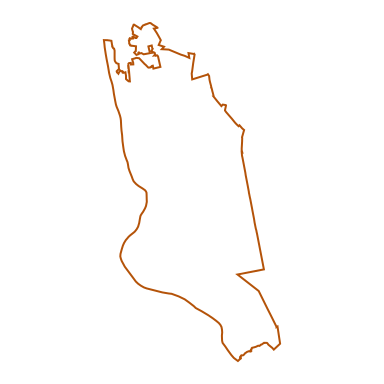 outline of Jersikas pag., Livanu, Latvia
{"feature_id": "27541924B79082278774679", "entity_name": "Jersikas pag.", "entity_type": "district", "adm_level": 2, "iso_a3": "LVA", "parent_name": "Latvia", "parent_adm1": "Livanu", "projection": "mercator", "projection_center": [26.237, 56.273], "detail": "fine", "context": "isolated", "style": "outline", "palette": "amber", "viewbox_px": 384, "rotation_deg": 0, "n_neighbors": 0, "source": "geoboundaries", "source_scale": "gbopen_adm2", "svg_char_len": 5508}
<svg xmlns="http://www.w3.org/2000/svg" viewBox="0 0 384 384"><path d="M134.0,24.6L133.6,24.7L133.0,26.3L132.0,28.6L132.2,29.5L132.6,31.0L132.8,31.4L133.0,32.0L132.8,33.3L132.8,34.0L133.3,34.4L133.8,34.6L137.4,36.5L136.4,38.0L135.4,38.0L133.0,36.6L132.4,37.0L132.5,37.3L132.6,37.7L132.9,37.7L133.0,38.5L131.3,38.7L129.8,38.2L129.4,38.8L129.7,40.1L128.9,40.4L129.1,41.7L129.2,41.8L129.2,43.7L129.9,44.3L130.1,44.8L130.1,45.3L131.5,45.6L131.5,45.8L131.9,45.8L133.2,45.9L136.0,46.3L135.8,50.9L135.7,50.9L134.2,52.6L135.2,53.6L136.4,54.9L137.9,54.4L139.0,53.8L138.4,53.3L138.3,53.0L138.4,52.7L138.6,52.5L138.8,52.4L139.1,52.5L139.3,52.7L139.4,53.0L139.7,53.3L140.9,53.3L141.5,53.1L143.6,54.3L149.7,53.2L149.9,52.9L148.4,46.4L151.7,45.5L152.4,48.8L152.6,48.9L151.4,51.1L152.6,51.8L152.0,52.8L154.3,52.5L154.7,52.8L154.9,53.6L155.2,54.9L154.6,55.0L154.2,55.5L155.7,55.3L155.8,55.7L157.2,55.4L157.9,56.2L158.1,56.6L158.2,57.2L160.4,66.9L153.4,68.6L152.8,65.7L152.0,65.9L151.1,66.7L151.1,67.1L149.9,67.4L149.9,67.5L149.0,67.6L148.4,67.6L148.2,67.5L145.4,64.6L145.1,64.4L144.7,64.1L143.4,62.7L143.0,62.3L139.1,58.2L138.0,58.1L136.8,57.9L136.2,57.9L134.5,58.5L133.4,58.8L132.1,59.2L133.2,62.8L133.3,64.4L131.0,64.5L130.8,62.9L129.0,63.1L128.4,63.7L128.4,64.4L128.4,65.3L128.5,66.2L128.2,66.2L128.4,68.2L128.7,68.2L128.9,70.3L129.0,71.1L128.6,71.1L128.7,72.2L129.1,72.1L129.7,79.0L129.7,79.8L129.9,81.4L129.5,81.4L129.0,81.4L128.7,81.3L128.5,81.2L126.7,79.7L126.0,79.0L126.0,76.5L126.0,75.7L125.4,72.3L124.8,72.5L123.5,72.8L123.1,72.8L122.8,72.7L122.9,71.6L122.2,71.1L121.6,71.4L120.3,70.5L119.2,72.1L119.1,72.3L118.4,73.7L117.9,73.1L117.4,72.8L117.0,72.3L116.7,71.6L116.7,71.2L117.8,70.1L118.6,69.3L119.0,69.0L118.9,68.2L118.8,66.7L118.6,64.9L118.6,64.2L118.6,63.9L117.2,63.5L116.7,63.2L115.9,62.7L115.4,61.8L114.9,61.0L114.7,60.2L114.6,58.0L114.6,50.7L114.5,50.2L114.1,48.7L113.8,48.7L113.4,48.4L113.1,48.1L112.8,47.3L112.5,46.8L112.4,46.7L112.4,46.4L112.2,46.4L112.2,45.8L111.9,43.9L111.4,40.8L109.1,40.4L107.9,40.3L107.7,40.2L103.9,40.1L104.4,44.1L104.7,47.4L105.7,53.9L106.6,59.1L108.0,66.2L109.1,72.9L110.3,78.0L111.5,81.5L112.5,85.0L113.4,90.1L113.9,93.8L115.2,100.9L115.9,104.4L116.6,106.7L118.4,111.0L120.0,115.7L120.6,118.2L120.9,120.4L121.2,126.6L121.5,130.4L122.1,135.1L122.5,141.2L123.3,147.2L123.9,151.2L125.1,155.9L126.7,160.2L127.5,162.1L128.0,164.6L128.5,167.9L129.5,171.0L131.8,176.7L132.6,179.0L133.7,181.4L136.1,184.0L138.6,186.0L142.6,188.5L145.0,190.2L146.0,191.5L146.5,192.7L146.6,194.7L146.7,198.7L146.8,201.9L146.0,206.0L145.0,208.4L143.1,211.8L141.8,213.6L140.7,215.4L140.4,216.2L139.8,219.4L139.2,223.0L138.1,226.7L136.7,229.2L134.9,231.5L133.9,232.4L130.1,235.4L128.5,236.9L127.2,238.5L125.8,240.1L124.1,242.9L122.9,245.6L121.8,249.1L120.5,253.9L120.3,256.4L120.8,258.5L121.7,261.0L124.8,266.7L133.0,277.7L135.8,281.5L138.1,283.7L140.9,285.7L143.9,287.4L146.6,288.4L162.3,292.4L168.8,293.5L171.6,293.8L178.7,296.4L184.7,299.3L189.0,302.4L193.9,306.2L195.7,308.0L201.6,311.2L208.1,315.1L212.7,318.2L216.4,321.0L218.8,323.0L220.4,324.9L221.5,327.0L222.0,329.7L222.2,332.5L221.9,335.6L222.0,338.6L222.1,340.7L222.6,342.9L225.3,346.5L227.8,350.2L231.3,355.0L233.8,357.9L237.9,361.0L239.5,359.5L239.9,359.2L240.9,358.4L240.8,357.8L240.6,357.6L240.3,357.8L240.0,357.7L240.2,356.7L240.7,356.4L240.9,356.4L241.0,355.7L241.4,355.3L242.5,355.4L243.1,355.3L243.5,355.0L244.1,354.5L245.1,353.2L245.8,352.8L247.0,351.9L248.4,351.4L249.2,351.1L249.3,351.1L249.7,351.4L250.3,351.1L250.6,351.0L250.4,351.4L250.5,351.5L250.8,351.5L250.9,351.4L250.9,351.1L251.2,351.1L251.3,351.0L251.1,350.6L251.1,350.4L251.0,350.1L250.8,350.1L250.8,349.9L250.9,349.7L251.1,349.7L251.1,349.4L251.3,349.2L251.5,349.1L251.6,348.9L251.7,348.7L251.8,348.4L251.8,348.2L252.0,348.1L252.1,347.8L254.2,347.3L255.9,346.8L258.2,345.7L259.5,345.9L259.9,345.6L260.8,344.7L261.4,344.6L261.5,344.6L264.1,342.8L264.6,343.0L265.1,342.8L266.1,342.9L266.9,342.9L267.3,343.2L267.6,343.5L268.0,344.2L268.5,344.8L272.3,347.9L273.8,349.6L280.1,343.7L278.6,333.8L277.5,326.5L276.5,327.1L276.5,326.8L270.9,315.5L267.4,308.6L258.7,291.0L237.5,274.5L263.9,269.4L256.9,233.1L256.8,232.9L256.3,230.3L255.8,228.6L255.6,227.6L254.6,222.6L254.1,219.3L253.4,215.6L252.4,210.4L252.0,208.1L251.7,206.6L250.2,198.7L250.0,198.0L249.9,197.5L249.3,194.5L249.1,193.5L249.0,193.2L248.9,192.8L248.9,192.7L248.9,192.1L247.7,185.6L246.0,176.8L245.9,176.2L245.8,175.9L245.3,172.5L243.0,160.4L242.4,157.3L242.1,156.1L242.0,155.4L241.9,154.3L241.7,152.0L242.2,152.2L241.8,150.6L241.7,149.6L241.7,148.5L242.1,141.6L242.2,137.9L242.0,137.4L242.1,136.9L242.2,136.7L244.1,130.0L242.3,128.5L239.5,125.3L238.6,126.2L237.2,124.9L236.2,123.9L235.0,122.6L231.6,118.4L231.4,118.2L226.2,112.2L225.0,110.5L225.0,110.1L225.6,107.4L226.0,105.4L225.8,105.1L222.8,104.6L221.4,106.1L217.1,101.0L213.7,96.7L213.8,96.7L212.8,92.8L212.2,90.7L212.2,90.3L212.0,89.7L211.6,88.1L211.3,87.8L211.4,87.7L211.0,85.7L210.0,82.0L209.5,79.7L209.1,76.0L207.9,74.2L207.2,74.7L192.2,79.4L191.7,73.5L192.1,71.5L193.0,64.7L193.3,62.5L193.5,61.3L194.6,54.5L194.2,53.9L194.1,54.0L188.5,53.1L189.3,57.9L184.6,55.8L180.8,54.6L168.8,49.6L161.8,49.2L164.0,46.7L158.7,45.0L160.3,41.3L160.8,40.2L160.0,38.7L159.6,38.0L159.4,37.6L157.7,34.6L156.6,32.7L153.9,28.6L157.2,27.9L157.5,27.8L157.5,27.7L157.0,27.3L152.7,24.7L150.6,23.1L149.6,23.0L149.2,23.1L144.8,24.8L144.8,24.7L142.8,25.6L141.5,27.8L141.4,27.7L141.0,28.6L140.8,29.1L139.2,28.0L138.8,27.6L134.0,24.6Z" fill="none" stroke="#b45309" stroke-width="2"/></svg>